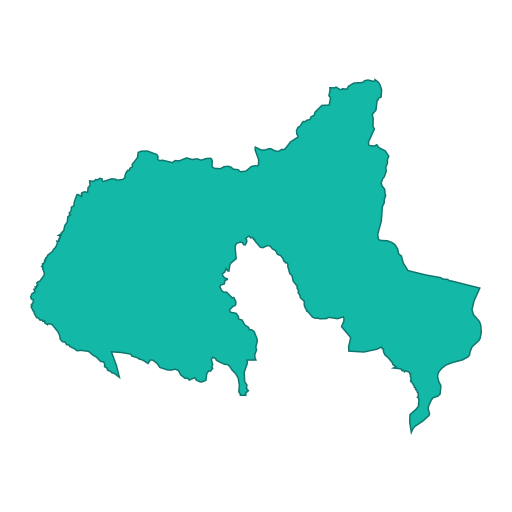 Gualaceo, Azuay, Ecuador (Albers equal-area conic projection)
{"feature_id": "8360857B64865140859495", "entity_name": "Gualaceo", "entity_type": "district", "adm_level": 2, "iso_a3": "ECU", "parent_name": "Ecuador", "parent_adm1": "Azuay", "projection": "albers", "projection_center": [-78.768, -2.918], "detail": "fine", "context": "isolated", "style": "filled", "palette": "teal", "viewbox_px": 512, "rotation_deg": 0, "n_neighbors": 0, "source": "geoboundaries", "source_scale": "gbopen_adm2", "svg_char_len": 6005}
<svg xmlns="http://www.w3.org/2000/svg" viewBox="0 0 512 512"><path d="M411.3,432.4L413.0,428.6L415.0,426.3L422.9,421.0L428.8,415.7L429.6,414.2L428.2,408.8L428.5,406.3L431.2,400.2L433.0,397.8L437.8,396.2L440.1,394.0L440.9,385.8L438.7,381.3L437.6,376.9L437.9,373.8L439.3,371.2L442.0,368.1L446.0,365.0L451.9,362.7L462.5,359.9L467.7,357.1L469.5,355.1L470.1,351.7L472.1,346.8L478.9,340.5L480.1,338.4L481.3,332.5L480.7,325.0L479.4,321.5L473.4,314.6L472.0,309.6L474.1,300.7L479.8,288.1L450.8,280.8L449.6,281.0L447.7,279.4L442.8,279.1L440.8,277.7L425.5,274.9L408.0,270.6L403.2,262.9L401.4,256.0L398.7,253.9L397.6,248.8L394.8,244.5L391.6,242.3L387.5,240.8L380.7,240.4L379.2,239.9L378.3,238.7L377.7,234.4L381.3,221.2L382.4,206.4L384.2,203.0L384.2,200.2L385.7,195.3L385.1,193.9L384.7,189.3L381.9,185.7L381.2,183.0L382.7,178.6L384.3,176.8L386.2,171.2L385.8,167.0L387.4,163.5L387.5,159.1L388.8,156.3L385.2,150.8L379.8,148.1L378.1,146.8L377.0,144.9L376.3,144.8L375.2,146.0L372.6,145.9L369.2,145.4L368.5,144.7L368.6,141.7L374.4,129.0L373.0,126.4L373.2,118.4L372.2,114.5L375.9,110.2L377.1,100.5L378.2,99.7L378.9,98.0L381.1,97.0L381.6,89.9L379.9,84.6L378.5,82.4L375.0,79.6L374.7,80.8L373.6,81.4L368.0,80.0L364.7,80.7L362.6,82.5L353.8,83.1L348.5,86.2L346.9,89.2L342.5,88.7L342.4,89.4L340.0,89.6L336.1,87.1L334.3,87.9L329.8,87.7L330.1,90.0L328.9,95.8L330.3,97.2L330.4,98.6L329.2,105.1L321.9,105.4L315.1,112.1L314.2,115.2L310.9,117.0L310.0,119.6L306.6,120.3L305.2,121.7L303.1,121.5L299.8,126.5L298.1,127.2L296.5,130.6L296.8,134.0L298.3,136.4L297.9,137.1L290.6,141.8L285.1,148.9L283.5,149.6L281.8,149.4L278.2,151.5L274.5,150.7L271.1,148.8L268.6,148.7L265.7,149.9L261.4,150.1L255.3,147.1L255.1,149.9L258.6,159.5L258.6,164.7L256.9,166.0L254.4,165.8L251.2,166.6L246.0,171.1L240.3,171.8L238.1,169.7L233.2,169.2L231.2,167.2L228.3,166.3L224.0,166.7L220.5,168.7L214.3,168.3L212.0,166.7L212.2,160.8L211.5,159.0L210.3,158.3L206.4,158.5L201.1,160.2L197.1,158.8L192.2,159.5L186.5,157.9L179.2,160.9L175.0,160.6L172.5,162.6L162.3,160.2L159.7,160.7L157.7,159.5L158.0,156.4L156.9,154.6L147.4,151.0L141.3,151.2L138.2,152.4L137.4,157.8L132.2,164.4L132.5,166.8L129.9,168.3L129.4,170.3L127.7,170.3L126.0,172.7L124.9,176.1L125.2,177.3L122.8,179.4L117.7,180.2L115.0,179.1L111.6,178.8L103.3,181.5L102.3,180.9L102.0,178.8L99.8,178.3L97.7,179.8L95.7,179.5L93.8,181.3L89.6,180.9L90.1,185.5L88.1,187.5L87.6,192.5L84.9,191.8L82.0,192.6L81.3,193.9L81.9,195.6L81.5,196.5L78.0,194.5L76.9,194.7L74.2,202.1L74.0,205.8L71.4,207.1L71.1,210.9L69.2,213.0L69.4,214.2L70.5,214.9L67.8,216.7L67.3,222.0L64.8,225.5L63.7,230.9L62.4,231.6L62.2,232.8L61.0,233.2L61.2,235.2L59.6,234.7L58.4,235.4L60.4,236.0L59.7,237.3L60.1,238.3L58.6,239.1L59.2,241.1L56.8,241.1L57.5,243.1L55.6,247.3L53.2,249.7L53.0,251.1L47.8,255.1L46.8,257.3L45.6,258.1L45.8,259.4L44.5,260.1L45.2,261.7L44.0,262.4L43.8,263.8L42.5,263.8L42.8,265.1L41.6,266.5L43.2,267.6L42.6,268.5L44.3,272.9L44.0,275.3L39.6,281.5L38.2,281.6L36.8,283.1L37.7,285.1L36.8,285.6L36.6,287.0L35.2,286.9L35.6,288.7L33.9,289.3L35.0,292.1L32.1,293.5L30.7,296.9L31.3,299.0L33.4,299.9L32.9,303.1L31.3,304.7L31.9,305.8L31.1,306.7L33.2,311.0L34.1,311.3L34.2,313.3L36.6,317.5L38.6,318.2L40.0,320.1L42.4,320.0L42.9,321.4L44.6,320.9L44.8,322.9L47.6,324.7L48.2,323.6L52.0,324.4L58.1,332.0L59.9,336.3L60.1,338.9L62.3,341.6L65.4,342.3L66.4,344.6L69.4,345.2L69.8,346.5L74.3,348.6L76.9,350.7L81.3,350.4L88.7,351.4L92.6,354.9L96.4,357.1L100.6,361.4L103.6,361.9L104.8,364.4L104.5,366.6L107.3,368.4L107.5,370.2L110.7,371.4L111.6,372.7L114.3,373.4L119.4,377.3L116.3,365.2L111.4,351.8L121.3,352.5L130.7,354.1L131.8,356.0L137.7,357.8L139.6,359.4L140.4,359.1L144.0,360.8L148.0,363.5L150.4,359.9L152.9,360.2L157.4,363.7L159.8,367.4L167.4,369.9L171.2,370.1L175.1,369.1L178.5,370.6L180.8,375.0L185.2,378.4L187.7,378.1L189.2,380.1L194.9,377.7L196.2,380.1L199.9,381.8L201.7,382.0L205.9,380.3L206.8,373.5L208.8,370.9L210.5,371.2L212.7,368.3L211.7,367.2L212.7,364.5L211.3,359.5L212.6,357.3L215.7,358.6L216.4,360.3L220.3,362.4L225.1,364.5L227.0,364.3L229.6,366.2L232.1,370.1L235.6,373.6L238.2,378.0L239.4,385.3L238.8,391.8L240.3,394.0L240.3,395.3L245.8,395.3L245.8,392.9L248.4,390.7L246.5,388.4L246.9,384.9L244.7,381.9L244.2,372.3L247.4,363.1L246.9,360.1L255.9,360.0L254.9,357.5L254.8,354.3L256.6,349.9L255.8,347.4L257.3,341.0L256.9,338.5L254.2,331.7L252.0,329.9L249.3,329.6L248.5,327.3L244.9,325.1L242.0,320.0L238.5,319.0L238.5,316.6L236.1,313.3L230.4,312.2L229.4,310.1L232.9,306.4L235.0,305.6L235.8,304.3L235.8,301.4L233.8,297.5L232.2,297.9L226.6,292.2L223.6,292.1L221.7,290.6L219.7,286.5L220.9,284.9L224.3,283.9L224.9,280.6L227.4,279.5L227.2,278.7L225.2,278.3L223.0,276.1L222.3,273.8L224.6,272.2L226.1,268.5L227.6,270.8L228.9,271.1L229.9,264.8L231.1,262.9L236.2,258.7L235.1,247.5L235.7,244.7L236.9,243.2L240.1,242.2L242.0,242.3L244.0,244.9L245.2,244.9L246.8,241.9L246.6,239.7L245.7,238.5L248.2,236.3L249.5,236.4L250.6,237.9L252.4,237.4L253.7,239.4L254.5,239.3L254.7,240.6L260.3,247.2L262.9,247.7L266.9,245.8L269.8,245.8L272.6,249.0L275.5,250.5L277.5,254.3L280.8,255.7L282.8,258.3L284.0,261.3L285.3,261.8L285.3,262.7L287.2,263.0L288.0,264.4L287.7,266.0L289.8,273.7L291.9,275.4L293.3,281.3L297.4,286.4L297.0,287.8L298.6,291.0L298.1,292.6L299.6,294.7L300.4,297.8L304.2,301.2L304.3,305.4L305.6,308.7L306.6,309.6L306.5,310.9L308.2,312.0L312.4,317.0L315.0,318.2L317.9,318.1L319.8,318.8L326.5,318.6L328.9,317.3L337.4,318.7L343.3,316.9L344.0,318.7L343.8,321.3L341.5,326.6L350.7,337.6L348.6,346.8L348.8,351.1L363.9,352.0L376.9,349.2L381.3,347.0L382.3,348.8L383.5,349.1L383.5,351.8L385.0,355.0L388.1,357.6L392.4,362.8L392.7,364.4L396.0,366.7L393.4,368.0L400.8,368.8L402.2,370.8L403.6,370.2L404.5,371.9L406.0,370.8L409.6,372.5L409.9,373.9L410.6,374.0L410.3,376.2L411.1,378.4L410.6,381.4L411.6,381.9L414.4,386.4L414.3,387.2L415.3,387.5L415.6,389.6L416.6,389.7L417.4,392.4L418.1,392.7L418.3,396.3L417.4,397.3L418.7,398.2L418.9,401.7L418.4,404.1L418.9,405.6L416.3,409.0L410.0,414.6L409.7,422.1L411.3,432.4Z" fill="#14b8a6" stroke="#0f766e" stroke-width="1.5"/></svg>